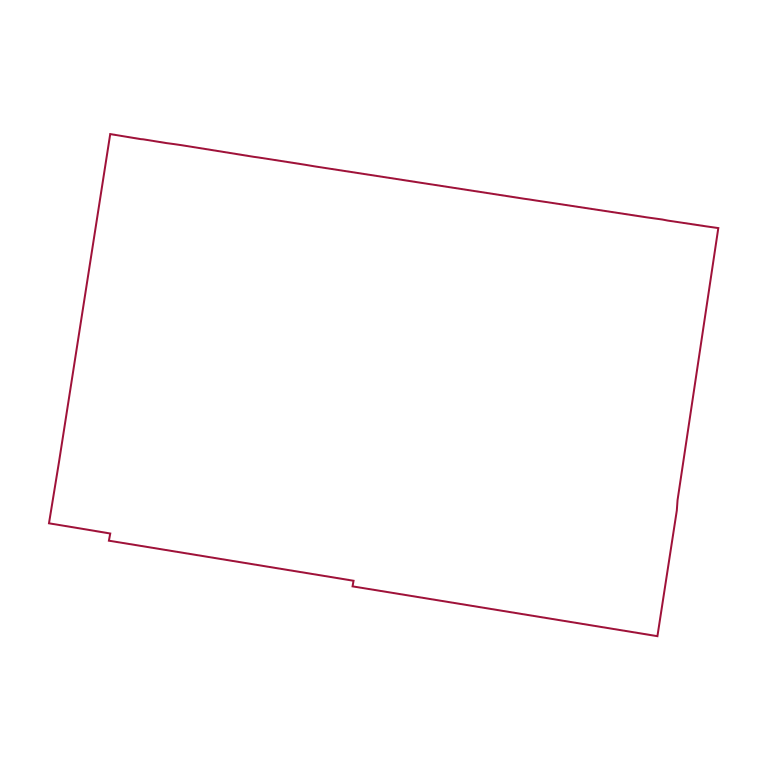 outline of Yuma, Colorado, United States of America, rotated 279°
{"feature_id": "52423323B35350044655158", "entity_name": "Yuma", "entity_type": "district", "adm_level": 2, "iso_a3": "USA", "parent_name": "United States of America", "parent_adm1": "Colorado", "projection": "orthographic", "projection_center": [-102.254, 40.004], "detail": "fine", "context": "isolated", "style": "outline", "palette": "rose", "viewbox_px": 768, "rotation_deg": 279, "n_neighbors": 0, "source": "geoboundaries", "source_scale": "gbopen_adm2", "svg_char_len": 522}
<svg xmlns="http://www.w3.org/2000/svg" viewBox="0 0 768 768"><g transform="rotate(279 384 384)"><path d="M588.0,74.5L256.3,75.2L194.0,74.9L193.5,137.0L186.2,136.8L184.9,384.7L179.2,384.6L177.7,693.5L304.9,693.0L315.2,692.1L590.3,689.8L590.1,676.9L589.8,638.7L590.0,633.2L589.7,617.7L589.1,515.8L589.0,505.6L589.0,498.4L588.9,493.9L588.5,385.0L588.1,281.8L588.2,271.6L588.1,224.3L588.0,220.0L588.2,146.7L588.1,139.0L587.9,131.3L588.0,107.9L587.8,105.5L588.0,74.5Z" fill="none" stroke="#9f1239" stroke-width="2"/></g></svg>